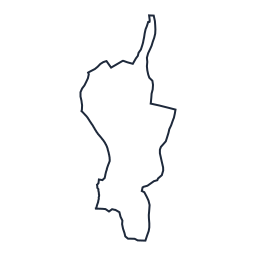 Aflah Al Yaman, Hajjah, Yemen
{"feature_id": "15242507B79499976279542", "entity_name": "Aflah Al Yaman", "entity_type": "district", "adm_level": 2, "iso_a3": "YEM", "parent_name": "Yemen", "parent_adm1": "Hajjah", "projection": "equal_earth", "projection_center": [43.407, 15.98], "detail": "fine", "context": "isolated", "style": "outline", "palette": "slate", "viewbox_px": 256, "rotation_deg": 0, "n_neighbors": 0, "source": "geoboundaries", "source_scale": "gbopen_adm2", "svg_char_len": 3576}
<svg xmlns="http://www.w3.org/2000/svg" viewBox="0 0 256 256"><path d="M153.7,15.6L149.1,15.4L149.7,20.1L149.6,21.6L149.5,21.9L149.1,22.0L148.6,21.8L148.2,21.9L147.1,25.4L146.6,26.8L145.6,29.2L144.7,33.3L144.1,37.3L143.2,41.6L143.2,41.9L142.7,43.8L142.2,45.5L140.9,49.5L138.6,52.7L137.8,55.9L135.9,58.4L132.8,63.8L127.4,62.3L123.5,60.9L122.6,60.9L112.3,66.9L111.1,67.6L106.5,61.1L105.7,61.3L103.3,62.1L100.3,64.0L97.6,66.8L94.9,69.0L91.6,70.7L88.6,72.3L88.1,72.6L88.8,74.2L87.9,78.3L86.2,81.9L84.4,85.5L83.6,86.5L82.1,88.5L80.5,92.2L80.5,96.5L81.5,100.9L81.7,102.6L82.1,105.3L81.9,109.6L81.5,111.1L82.1,111.5L82.3,111.9L82.8,112.3L83.2,112.7L83.6,113.2L84.1,113.7L84.5,114.1L84.9,114.6L85.5,115.2L86.0,115.7L86.5,116.3L87.0,116.9L87.4,117.4L87.7,117.9L88.0,118.2L88.2,118.7L88.6,119.2L89.0,119.8L89.5,120.7L89.8,121.1L90.1,121.6L90.4,122.0L90.6,122.3L90.8,122.7L91.2,123.1L91.4,123.6L91.7,124.0L92.2,124.6L92.5,125.1L92.8,125.6L93.3,126.4L93.7,127.2L94.1,127.8L94.5,128.4L94.8,129.1L95.3,129.9L95.8,130.6L96.2,131.3L96.4,131.7L96.7,132.1L97.4,133.0L97.7,133.5L98.0,134.0L98.5,134.5L98.9,135.0L99.4,135.5L99.6,135.9L99.9,136.1L100.5,136.9L100.9,137.3L101.4,137.9L101.9,138.7L102.2,138.9L102.5,139.4L102.8,139.7L103.3,140.3L103.6,140.8L104.1,141.5L104.5,142.1L104.7,142.4L105.0,142.8L105.1,143.1L105.3,143.5L105.6,144.1L106.0,144.6L106.2,145.2L106.4,145.6L106.7,146.2L106.9,146.6L107.0,147.0L107.2,147.6L107.4,148.0L107.6,148.7L107.8,149.8L108.1,150.8L108.4,151.8L108.6,152.5L108.9,154.0L109.0,154.6L109.2,155.0L109.3,156.1L109.5,156.9L109.6,157.8L109.6,158.5L109.7,159.2L109.7,159.6L109.7,160.2L109.7,161.0L109.6,161.4L109.4,161.8L109.2,162.3L108.8,163.5L108.4,164.3L108.1,165.2L107.8,166.0L107.6,166.6L107.3,167.4L107.1,168.1L106.8,169.0L106.8,169.7L106.5,170.3L106.4,170.7L106.1,171.5L106.0,172.0L105.8,172.7L105.6,173.6L105.5,174.2L105.3,174.7L105.3,175.2L105.1,176.0L105.0,176.6L104.9,177.0L104.7,177.7L104.5,178.3L104.2,178.5L103.8,178.7L103.5,179.0L102.5,180.1L98.9,179.5L98.5,183.1L98.2,183.3L97.9,183.8L97.7,184.2L97.0,184.7L97.3,186.5L97.3,187.2L97.3,187.8L98.4,189.2L98.4,190.9L98.6,191.5L98.8,192.3L98.8,192.9L98.9,193.5L98.9,194.4L99.1,194.7L99.1,195.2L99.1,196.0L98.7,197.4L98.8,198.9L98.6,199.6L98.4,200.3L98.3,200.9L98.2,201.4L98.2,201.9L98.0,202.2L97.9,202.7L97.7,203.3L97.5,203.8L97.3,204.4L97.1,204.9L97.0,205.4L96.7,206.2L96.7,206.7L96.5,207.3L96.3,207.8L96.2,208.3L95.0,208.6L98.5,208.7L99.0,208.7L102.2,208.8L105.5,209.1L109.0,211.5L112.1,209.2L115.0,209.9L115.4,209.9L119.4,212.2L120.5,216.7L122.1,220.0L122.4,220.6L122.1,224.2L123.0,228.6L124.5,233.1L125.3,236.4L127.8,238.5L128.1,238.7L131.5,238.7L134.7,238.8L137.7,240.4L141.1,240.5L144.4,240.6L145.4,240.6L147.1,235.5L148.7,231.0L148.8,230.4L149.3,227.4L149.3,223.3L148.9,218.2L148.8,215.0L149.1,211.8L149.6,205.1L149.5,204.6L148.5,200.6L146.9,197.1L144.3,192.2L141.8,191.0L142.6,187.4L143.8,186.7L144.7,186.5L147.5,185.7L153.9,181.2L155.9,180.6L157.3,180.2L158.0,178.5L161.8,175.2L163.2,170.5L163.1,167.4L162.7,165.7L161.8,161.8L161.7,161.4L159.9,153.3L159.9,149.7L160.9,146.9L162.6,145.0L163.3,144.2L165.8,141.3L167.1,137.3L168.4,133.1L168.7,131.9L169.3,129.2L171.1,125.4L172.4,121.7L173.5,118.7L173.9,117.8L174.8,113.7L175.5,109.6L170.1,108.2L159.3,105.5L150.7,103.6L150.9,102.1L151.3,97.8L151.6,93.6L152.7,89.4L153.0,84.9L152.4,80.8L149.3,77.7L148.2,74.5L147.3,70.3L146.9,66.2L147.3,61.9L146.9,57.8L148.0,53.7L148.1,53.3L150.0,49.3L150.5,48.2L151.6,45.7L152.8,41.7L154.2,37.8L155.2,33.7L155.4,29.5L155.2,25.2L155.1,23.9L154.9,21.1L153.7,15.6Z" fill="none" stroke="#1e293b" stroke-width="2"/></svg>